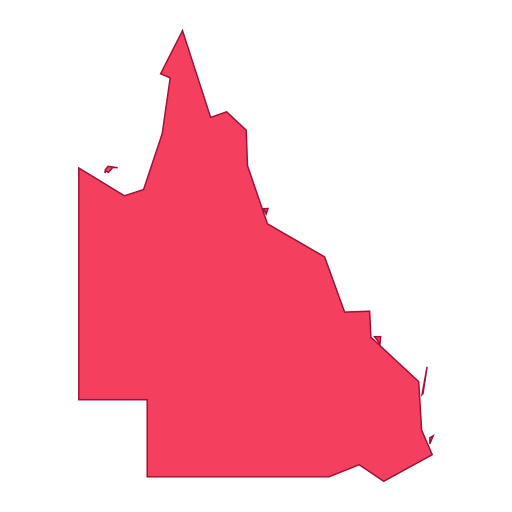 map outline of Queensland (Mercator projection)
{"feature_id": "AUS-2657", "entity_name": "Queensland", "entity_type": "State", "adm_level": 1, "iso_a3": "AUS", "parent_name": "Australia", "parent_adm1": "", "projection": "mercator", "projection_center": [147.106, -19.205], "detail": "coarse", "context": "isolated", "style": "filled", "palette": "rose", "viewbox_px": 512, "rotation_deg": 0, "n_neighbors": 0, "source": "natural_earth", "source_scale": "10m", "svg_char_len": 731}
<svg xmlns="http://www.w3.org/2000/svg" viewBox="0 0 512 512"><path d="M78.8,168.0L124.4,195.8L143.6,189.5L162.2,133.7L170.2,77.9L160.6,73.8L182.5,30.7L210.6,117.4L226.6,111.8L246.2,130.2L247.5,165.7L267.4,223.8L324.6,256.9L344.6,312.1L369.6,311.2L370.9,337.2L418.7,381.7L421.6,430.1L432.2,454.7L383.7,481.3L359.1,464.7L328.9,476.8L147.2,476.8L147.2,399.7L78.8,399.7L78.8,168.0ZM427.1,366.8L423.0,393.6L422.0,394.6L427.1,366.8ZM108.1,166.3L117.7,167.7L112.7,167.5L108.5,172.4L105.6,170.9L104.9,173.1L105.3,169.8L108.1,166.3ZM380.6,336.7L380.0,343.9L374.6,336.7L380.6,336.7ZM268.0,208.5L266.2,214.0L263.4,208.7L268.0,208.5ZM429.8,437.8L433.2,435.8L429.9,443.8L429.8,437.8Z" fill="#f43f5e" stroke="#9f1239" stroke-width="1.5"/></svg>